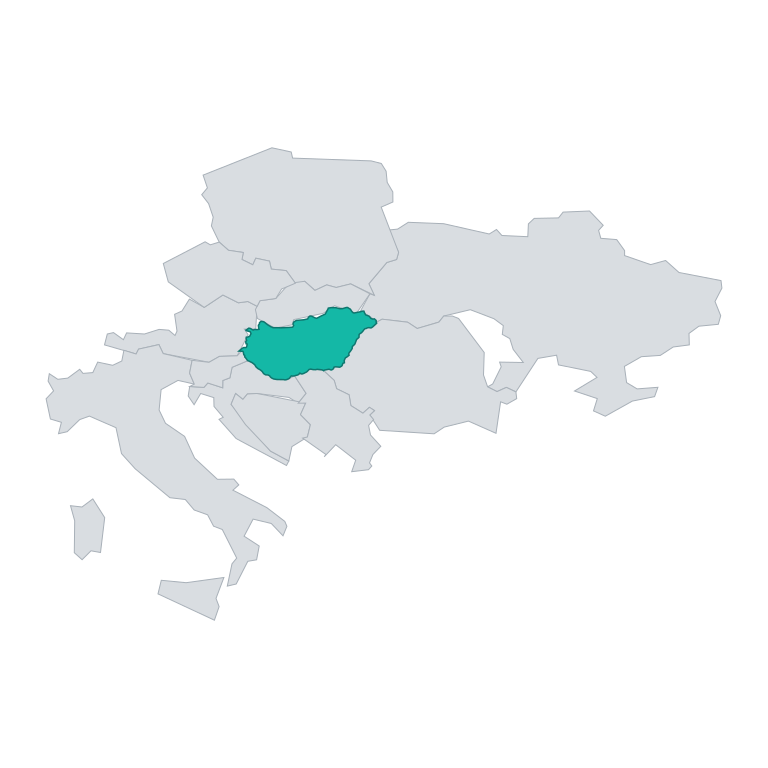 Hungary and the surrounding countries
{"feature_id": "HUN", "entity_name": "Hungary", "entity_type": "country or territory", "adm_level": 0, "iso_a3": "HUN", "parent_name": "Europe", "parent_adm1": "", "projection": "natural_earth1", "projection_center": [19.424, 47.153], "detail": "fine", "context": "with_neighbors", "style": "filled", "palette": "teal", "viewbox_px": 768, "rotation_deg": 0, "n_neighbors": 11, "source": "natural_earth", "source_scale": "50m", "svg_char_len": 8016}
<svg xmlns="http://www.w3.org/2000/svg" viewBox="0 0 768 768"><path d="M626.6,382.6L637.1,388.9L657.9,387.3L654.6,396.6L632.3,401.1L605.3,416.2L593.5,410.9L597.3,398.6L574.5,391.0L597.0,377.4L590.7,371.4L558.5,364.9L556.6,355.2L537.9,358.4L515.9,391.9L506.4,387.4L497.0,391.6L487.6,386.8L492.7,384.0L501.2,366.8L499.6,362.1L523.3,362.5L513.2,349.4L509.8,338.6L502.3,334.4L503.3,325.6L493.9,318.7L470.3,309.7L443.8,316.0L438.9,322.1L417.2,328.5L407.6,322.2L382.1,319.2L373.4,324.8L371.9,317.8L360.6,310.8L369.9,293.8L374.3,295.3L368.9,283.7L386.8,262.5L396.6,259.5L398.6,252.3L388.1,230.1L397.6,229.1L408.3,222.3L443.7,223.7L489.2,234.0L496.5,229.5L501.9,235.5L527.8,236.7L528.4,223.9L534.2,218.4L558.5,217.9L563.1,212.1L589.5,211.0L603.2,225.3L598.6,230.4L600.8,238.3L616.7,239.6L624.6,250.6L624.6,255.6L650.6,264.6L665.6,260.5L679.0,272.5L721.0,280.6L721.9,288.1L715.0,301.5L720.7,315.7L718.3,324.3L698.9,326.2L689.0,333.4L689.3,344.9L673.2,347.0L660.3,355.4L641.3,356.7L624.4,366.4L626.6,382.6Z" fill="#d9dde1" stroke="#a8b0b8" stroke-width="1"/><path d="M386.1,171.2L387.2,182.4L392.8,191.9L392.9,202.0L381.2,207.1L398.6,252.3L396.6,259.5L386.8,262.5L368.9,283.7L374.3,295.3L350.7,283.9L336.2,287.5L326.7,284.9L314.9,290.4L304.7,281.3L296.5,284.8L286.2,270.6L271.3,269.1L269.5,261.1L255.8,258.2L252.8,264.8L242.0,259.5L243.3,252.5L228.5,250.3L219.2,242.1L211.4,225.9L213.2,217.2L208.6,203.6L201.7,194.7L207.4,187.9L203.1,175.1L271.9,147.8L291.2,152.0L292.6,158.1L371.2,160.9L381.3,163.5L386.1,171.2Z" fill="#d9dde1" stroke="#a8b0b8" stroke-width="1"/><path d="M257.1,306.3L255.7,329.1L244.3,329.1L248.1,334.7L237.2,355.8L219.4,356.4L209.0,362.3L163.2,353.6L158.9,344.6L138.6,349.1L136.1,354.0L104.5,344.9L107.3,334.0L113.5,332.6L123.4,339.7L126.6,332.9L144.5,334.0L159.1,329.4L168.8,330.2L175.0,335.5L177.0,331.1L174.6,314.3L182.0,311.0L189.4,299.1L204.2,307.4L222.9,295.0L238.4,302.8L247.9,301.5L257.1,306.3Z" fill="#d9dde1" stroke="#a8b0b8" stroke-width="1"/><path d="M487.6,386.8L497.0,391.6L506.4,387.4L515.9,391.9L516.7,398.6L506.9,404.2L500.6,401.8L496.0,433.3L468.4,421.1L444.2,427.1L434.1,433.8L379.7,430.3L369.8,415.0L374.5,410.6L369.4,407.3L362.9,413.2L350.9,405.6L349.1,394.8L336.6,388.7L334.2,380.4L323.1,370.2L339.5,365.3L361.1,330.2L382.1,319.2L407.6,322.2L417.2,328.5L438.9,322.1L443.8,316.0L452.3,316.0L458.6,318.5L484.2,352.5L483.5,375.0L487.6,386.8Z" fill="#d9dde1" stroke="#a8b0b8" stroke-width="1"/><path d="M248.4,360.4L270.1,374.8L287.0,379.8L294.6,375.9L306.1,393.4L298.2,403.2L288.9,397.4L257.0,393.5L247.4,394.0L242.9,399.4L235.6,393.5L231.1,404.3L270.5,451.1L288.8,461.0L286.5,465.5L236.2,438.6L219.0,419.3L223.2,417.3L214.0,406.4L213.8,397.6L200.7,393.5L194.1,404.7L188.2,396.0L189.7,386.5L203.9,387.4L207.8,383.0L222.7,387.8L222.8,380.5L229.9,377.8L232.1,367.3L248.4,360.4Z" fill="#d9dde1" stroke="#a8b0b8" stroke-width="1"/><path d="M123.9,350.3L136.1,354.0L138.6,349.1L158.9,344.6L163.2,353.6L192.1,360.3L189.6,373.1L194.3,384.1L178.0,380.4L161.1,389.6L159.1,410.0L165.5,423.3L184.6,436.4L194.6,458.1L217.4,479.3L233.8,479.1L238.8,484.9L232.9,490.2L266.8,507.6L284.8,521.4L286.9,526.3L283.0,535.8L271.3,523.5L253.1,519.1L244.1,536.2L259.2,546.0L256.6,559.8L247.8,561.3L236.2,584.0L227.3,586.1L232.0,563.8L236.7,558.1L222.3,529.5L213.6,526.2L207.6,514.8L194.2,510.0L185.3,499.5L169.9,497.7L135.2,468.8L121.5,453.6L116.0,427.7L89.4,416.1L79.7,419.6L67.2,431.7L58.5,433.7L61.4,422.3L50.4,419.0L46.1,398.8L53.6,390.9L48.1,381.1L49.3,373.7L57.8,379.3L67.8,378.1L79.7,369.3L83.0,373.4L92.8,372.6L97.7,362.1L112.7,365.3L121.8,361.0L123.9,350.3ZM186.1,582.7L223.9,577.5L216.0,598.4L219.1,606.6L214.4,620.2L158.0,593.9L161.3,580.3L186.1,582.7ZM82.0,507.0L92.8,498.9L104.7,517.6L100.5,552.5L91.0,550.8L82.1,559.7L74.3,552.7L74.7,520.8L70.5,505.7L82.0,507.0Z" fill="#d9dde1" stroke="#a8b0b8" stroke-width="1"/><path d="M192.1,360.3L209.0,362.3L219.4,356.4L237.2,355.8L241.2,351.4L244.6,351.7L248.4,360.4L232.1,367.3L229.9,377.8L222.8,380.5L222.7,387.8L207.8,383.0L203.9,387.4L189.7,386.5L194.3,384.1L189.6,373.1L192.1,360.3Z" fill="#d9dde1" stroke="#a8b0b8" stroke-width="1"/><path d="M369.9,293.8L356.3,313.5L334.6,305.7L323.3,313.3L293.7,319.6L292.1,324.8L275.0,328.0L257.4,318.5L255.4,309.6L260.0,300.7L275.8,298.5L289.4,283.3L304.7,281.3L314.9,290.4L326.7,284.9L336.2,287.5L350.7,283.9L369.9,293.8Z" fill="#d9dde1" stroke="#a8b0b8" stroke-width="1"/><path d="M219.2,242.1L228.5,250.3L243.3,252.5L242.0,259.5L252.8,264.8L255.8,258.2L269.5,261.1L271.3,269.1L286.2,270.6L295.4,283.2L281.6,289.0L275.8,298.5L260.0,300.7L257.1,306.3L247.9,301.5L238.4,302.8L222.9,295.0L204.2,307.4L168.3,281.9L163.3,263.5L205.1,241.8L210.3,244.8L219.2,242.1Z" fill="#d9dde1" stroke="#a8b0b8" stroke-width="1"/><path d="M288.8,461.0L270.5,451.1L245.5,424.6L231.1,404.3L235.6,393.5L242.9,399.4L247.4,394.0L257.0,393.5L305.7,403.1L300.5,414.6L310.4,424.7L307.4,437.0L291.9,446.6L288.8,461.0Z" fill="#d9dde1" stroke="#a8b0b8" stroke-width="1"/><path d="M294.6,375.9L310.3,369.1L323.1,370.2L334.2,380.4L336.6,388.7L349.1,394.8L350.9,405.6L362.9,413.2L369.4,407.3L374.5,410.6L369.8,415.0L373.6,419.5L368.6,425.4L370.5,435.0L380.8,446.3L372.9,454.5L369.5,462.9L371.8,466.0L368.5,469.7L351.7,471.7L355.7,460.2L335.7,444.7L324.2,456.8L325.9,454.5L302.6,438.1L307.4,437.0L310.4,424.7L300.5,414.6L305.7,403.1L298.2,403.2L306.1,393.4L294.6,375.9Z" fill="#d9dde1" stroke="#a8b0b8" stroke-width="1"/><path d="M361.5,311.3L363.4,311.1L363.5,311.1L364.0,311.2L364.3,312.4L364.4,312.5L364.8,313.3L365.3,314.3L366.0,315.1L367.5,315.5L369.4,316.4L370.7,318.3L372.6,319.0L372.8,319.1L373.1,319.0L374.5,318.9L374.8,319.3L375.9,320.2L376.3,321.0L376.1,321.8L376.3,322.7L376.7,323.1L376.2,323.7L372.7,326.9L371.4,327.8L370.4,327.9L369.0,327.6L367.5,327.8L366.2,328.5L364.9,328.7L364.0,329.6L362.8,331.3L361.4,332.8L359.9,333.7L359.1,334.5L359.0,337.3L358.2,338.1L357.1,339.0L356.5,339.7L354.9,344.0L353.6,345.4L352.4,346.4L352.2,347.4L352.2,348.5L350.8,350.7L349.0,353.0L348.7,354.0L349.1,355.2L347.3,356.7L346.3,357.4L345.5,357.7L345.0,358.7L344.1,360.9L344.4,361.9L344.4,362.8L342.9,363.3L342.5,364.4L342.1,365.6L341.5,366.2L339.8,367.2L335.7,366.8L334.1,367.1L333.7,367.9L333.6,368.5L333.1,369.0L332.1,369.7L331.1,370.0L329.0,369.2L324.3,370.1L323.5,370.7L322.9,370.2L321.9,369.8L317.2,369.3L315.4,369.7L313.0,369.6L310.7,369.1L309.0,369.5L307.5,371.2L306.8,371.8L306.2,372.2L304.9,372.8L303.8,373.4L302.4,373.9L301.1,373.9L299.9,373.1L299.5,373.3L299.1,374.0L298.5,374.6L296.7,375.3L296.2,375.3L294.7,375.8L292.4,376.1L291.3,375.9L289.2,378.4L288.6,378.8L286.6,379.6L285.0,379.9L283.6,379.6L283.0,379.6L276.9,379.5L273.7,379.0L271.6,378.0L270.3,376.9L269.6,375.8L268.0,375.0L265.5,374.8L263.6,373.6L262.2,371.5L260.3,369.9L257.9,368.6L256.0,366.9L254.7,364.7L252.2,362.7L248.5,360.9L247.5,360.5L247.2,360.0L245.5,357.7L244.7,356.9L244.8,355.8L244.5,355.2L243.8,354.8L243.5,353.2L243.3,352.0L242.8,351.3L238.9,351.1L242.2,348.3L243.9,347.5L245.7,347.6L246.3,347.4L246.5,347.0L246.8,346.1L247.0,345.2L247.2,344.4L247.0,343.9L246.1,343.8L245.7,341.8L246.1,341.0L246.6,340.5L246.1,338.1L246.3,337.2L247.7,337.1L248.9,336.6L249.9,336.0L250.2,335.2L251.0,333.7L250.3,331.8L246.1,330.6L245.9,330.1L246.9,329.6L247.9,328.8L248.6,328.2L249.4,328.2L250.5,328.5L252.5,329.8L253.3,330.0L254.1,329.6L254.9,329.5L257.1,329.6L259.0,329.3L258.6,327.8L258.6,326.8L258.3,325.9L258.5,325.0L259.3,324.3L259.5,322.7L260.7,321.6L261.3,321.4L263.3,321.6L263.8,321.9L264.2,322.0L267.4,324.6L270.6,326.6L273.1,327.7L276.9,327.7L280.9,327.8L287.6,327.5L292.6,327.2L293.0,326.7L293.7,325.5L293.1,324.5L293.2,323.3L294.0,321.7L296.5,320.4L303.6,319.8L307.7,318.9L308.3,317.5L309.6,316.2L310.9,316.0L312.6,316.6L314.6,317.7L316.4,318.3L317.5,317.9L321.1,316.0L325.2,314.1L328.0,309.0L328.3,308.1L331.4,307.6L335.9,307.7L338.2,308.3L340.0,308.7L342.6,308.6L346.3,307.5L347.7,307.5L348.8,308.3L350.0,308.9L350.8,309.8L351.4,310.9L351.8,311.4L352.3,312.0L353.2,312.8L354.2,313.0L361.1,311.6L361.5,311.3Z" fill="#14b8a6" stroke="#0f766e" stroke-width="1.5"/></svg>